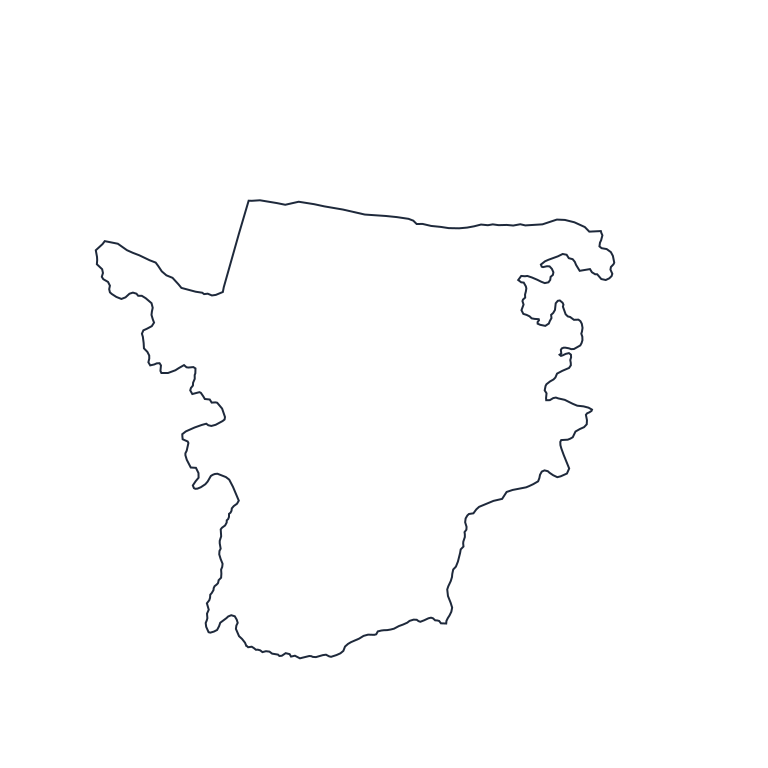 the district of Ashqelon, HaDarom, Israel, rotated 66°
{"feature_id": "584046B11408100439208", "entity_name": "Ashqelon", "entity_type": "district", "adm_level": 2, "iso_a3": "ISR", "parent_name": "Israel", "parent_adm1": "HaDarom", "projection": "orthographic", "projection_center": [34.744, 31.637], "detail": "fine", "context": "isolated", "style": "outline", "palette": "slate", "viewbox_px": 768, "rotation_deg": 66, "n_neighbors": 0, "source": "geoboundaries", "source_scale": "gbopen_adm2", "svg_char_len": 6165}
<svg xmlns="http://www.w3.org/2000/svg" viewBox="0 0 768 768"><g transform="rotate(66 384 384)"><path d="M567.2,616.3L567.3,616.0L569.2,615.2L570.2,611.7L572.3,610.3L574.7,609.1L575.4,607.3L577.0,605.4L579.5,604.1L580.1,600.5L581.9,597.5L584.8,595.9L588.1,590.9L589.9,590.2L590.7,587.9L589.9,583.3L592.4,580.1L595.2,579.8L596.0,575.9L600.4,572.4L602.1,562.9L603.1,561.1L604.3,560.1L605.8,557.3L606.8,550.2L607.7,547.1L610.5,544.9L611.7,543.3L612.3,537.7L612.3,533.4L611.3,529.7L608.0,526.4L606.8,522.6L606.4,519.0L606.5,510.3L605.8,505.1L606.5,500.5L609.2,494.9L609.5,492.9L607.5,490.3L608.1,486.8L608.9,484.2L610.1,481.3L611.0,477.8L611.6,474.4L611.2,468.9L611.5,464.4L611.5,459.8L610.8,457.0L611.3,452.8L612.7,450.0L614.7,448.9L616.0,447.5L616.2,443.4L616.1,438.7L616.6,436.1L617.9,434.6L620.7,433.4L621.7,431.5L622.9,430.0L625.8,429.3L628.1,424.6L625.8,423.3L623.8,420.9L622.1,418.3L619.4,415.1L616.0,412.7L611.0,412.1L603.7,411.8L597.4,409.8L595.0,407.6L591.2,403.2L588.0,400.4L585.3,398.9L581.6,396.2L580.1,392.6L576.3,388.7L569.3,383.2L566.3,381.2L564.8,377.5L561.8,376.5L560.2,375.6L556.7,372.4L554.0,371.2L552.1,370.7L550.6,368.0L548.1,366.7L543.3,366.1L540.0,364.1L538.0,361.3L537.3,359.3L538.5,354.9L536.1,350.7L534.9,347.1L535.3,331.5L537.0,322.8L532.5,315.9L533.1,309.6L536.2,296.2L536.3,292.9L536.2,288.5L535.6,282.8L533.1,280.3L530.4,278.4L528.2,275.5L528.2,272.5L530.3,269.8L532.4,268.9L536.1,266.6L539.6,263.6L540.2,260.2L540.2,253.3L536.5,249.2L521.9,248.7L514.9,248.2L511.6,247.7L508.6,246.5L507.3,244.9L509.6,238.8L509.7,236.0L509.4,233.2L505.3,228.4L504.8,223.4L504.8,218.8L503.3,215.2L499.6,213.3L494.3,212.1L493.4,210.4L493.4,207.9L493.0,205.4L492.0,204.4L488.8,206.8L485.6,210.8L482.4,216.3L478.9,219.6L472.0,225.3L468.0,230.7L466.3,232.5L465.7,235.1L466.2,239.1L464.8,242.4L462.8,241.7L458.6,239.3L455.2,239.8L451.5,237.2L450.3,235.7L449.2,231.3L448.8,227.3L447.8,224.8L444.9,221.7L444.5,215.7L444.6,208.4L442.9,205.7L440.7,204.8L437.9,204.1L435.7,202.2L433.2,201.3L431.0,202.5L430.4,205.7L430.5,209.1L430.3,210.9L428.7,211.7L428.2,209.6L424.8,208.6L423.8,207.1L423.9,205.0L424.6,203.5L426.6,200.6L428.3,198.8L429.3,196.2L428.6,189.0L427.0,186.9L424.7,184.9L421.5,183.6L418.3,183.3L416.7,181.9L413.5,179.8L409.4,178.8L406.5,179.0L404.3,180.2L402.6,184.4L398.5,186.7L397.0,188.6L394.2,189.7L386.1,189.1L384.5,187.8L382.4,187.8L379.2,189.4L378.7,191.4L380.1,194.3L385.9,197.7L387.9,200.5L388.8,203.2L391.9,204.2L394.0,207.0L395.8,208.8L396.5,213.0L393.5,217.2L391.4,219.1L389.9,218.5L388.8,216.5L387.7,216.3L385.8,219.9L384.1,222.4L381.4,223.5L378.9,225.6L376.6,228.2L372.5,228.4L368.2,224.2L364.6,223.8L363.4,222.7L362.5,219.9L359.7,218.8L357.2,216.8L354.6,215.1L352.6,214.7L348.2,215.1L346.9,217.3L343.6,219.1L341.1,214.7L342.9,211.4L343.6,209.1L346.8,205.6L351.1,201.6L354.6,198.7L357.2,196.1L358.0,192.4L356.5,189.8L353.9,188.2L353.0,185.3L350.8,183.8L347.1,183.8L343.9,184.9L342.7,187.2L341.9,191.2L341.0,192.2L338.7,192.1L337.4,187.0L337.4,183.3L338.1,173.2L337.9,167.9L340.2,164.6L344.2,164.0L346.7,160.9L350.0,160.0L353.3,160.1L360.2,159.2L362.8,149.1L366.5,148.6L369.7,146.4L370.5,144.6L376.5,142.8L379.2,139.1L379.1,135.2L378.0,132.2L376.2,130.6L371.6,130.6L369.4,129.1L368.0,125.7L366.8,124.3L360.1,122.8L355.8,123.1L351.3,125.7L348.4,130.0L345.9,131.2L342.7,129.2L341.0,127.2L337.0,124.0L334.4,124.0L332.5,123.7L328.3,134.5L322.3,136.7L313.7,144.3L307.7,152.0L304.1,159.2L302.6,174.3L296.6,190.4L293.5,194.5L291.8,201.5L288.6,207.2L285.5,214.7L282.4,219.7L281.2,224.5L277.8,230.5L276.6,237.5L274.9,244.5L272.3,252.1L267.9,261.5L263.6,268.2L258.8,276.6L253.5,283.6L251.1,289.1L246.7,290.8L243.1,294.4L236.8,304.3L231.3,313.9L221.4,332.6L207.9,350.6L197.5,366.2L191.3,374.7L182.8,387.8L180.1,401.3L175.2,408.2L165.7,422.6L162.9,430.2L161.5,433.1L187.8,455.5L230.4,491.0L234.4,493.8L234.2,501.4L233.1,505.2L229.8,508.3L228.7,511.8L226.7,512.9L223.1,518.5L213.8,530.0L209.4,531.2L201.0,534.0L196.2,538.6L190.7,541.2L184.2,542.3L180.2,543.2L175.7,547.7L166.9,555.2L162.0,560.1L157.2,564.4L147.6,570.1L139.9,581.0L141.7,584.2L144.6,592.9L151.2,594.5L154.1,595.6L157.8,597.6L164.5,594.8L168.3,595.6L171.3,598.2L174.1,597.8L178.5,594.6L182.7,594.4L185.6,596.5L188.8,597.1L191.0,596.1L195.6,593.1L199.5,589.3L199.7,584.9L198.0,579.8L198.4,576.2L200.8,573.4L203.4,572.7L204.9,569.4L208.7,566.8L215.6,563.5L220.3,564.3L223.3,566.5L226.3,568.3L230.8,568.9L234.4,569.1L236.7,572.6L237.1,578.2L237.1,582.0L239.6,584.7L242.8,585.1L248.8,586.9L253.8,588.8L258.4,587.1L262.5,586.9L265.3,588.1L268.3,590.4L271.9,590.0L272.7,585.9L272.7,583.2L273.7,580.6L276.3,580.2L281.1,582.9L283.4,582.9L286.1,576.8L286.6,569.0L286.0,565.0L285.4,559.0L288.4,557.6L289.4,556.0L291.0,551.3L293.1,549.9L297.5,552.0L298.8,553.3L302.3,554.8L305.2,557.9L307.7,559.2L309.1,562.0L311.0,563.6L315.2,563.2L316.4,555.9L317.6,554.9L321.9,554.1L324.8,553.8L327.3,549.5L330.9,549.0L332.3,545.3L333.3,544.0L340.6,541.9L349.5,542.7L351.6,544.1L352.2,546.5L352.8,554.4L352.1,558.8L350.2,561.3L348.0,562.5L347.3,567.0L346.7,574.7L346.7,584.3L347.8,588.7L350.1,589.6L352.6,590.4L356.7,586.7L358.4,586.7L364.7,591.4L366.5,593.6L368.3,594.4L373.0,595.0L381.7,594.5L384.1,589.9L389.9,589.7L394.2,591.5L396.2,595.6L398.9,599.9L401.8,600.0L403.0,599.0L403.7,597.0L403.8,593.3L402.9,588.0L401.4,584.8L397.6,579.6L397.3,577.4L397.4,575.2L398.2,572.7L404.7,566.3L408.4,564.3L416.5,563.8L431.5,564.1L433.6,567.0L434.4,570.9L435.7,573.6L437.8,574.9L439.1,576.5L439.6,578.4L442.4,579.7L444.0,581.3L444.6,583.1L446.6,584.1L448.6,586.7L449.4,590.5L450.4,592.3L456.9,594.7L460.5,597.9L462.8,598.9L468.0,600.2L469.6,602.2L472.6,603.8L477.3,604.4L482.6,604.6L485.3,606.2L487.3,608.3L491.1,609.7L494.7,611.6L496.0,614.9L497.5,615.9L498.5,616.8L499.2,618.6L499.8,621.0L501.2,622.6L502.9,623.6L504.9,626.4L505.8,628.4L508.6,629.9L510.5,631.6L512.3,635.0L518.9,635.9L521.8,639.1L526.1,640.6L527.9,642.1L529.8,644.1L533.5,645.2L539.4,645.2L540.5,643.8L541.0,640.1L540.8,636.5L538.2,633.2L535.5,630.7L533.8,623.2L533.0,620.9L533.1,617.6L535.5,614.8L539.4,614.4L542.7,614.8L544.6,617.1L547.5,618.9L555.4,619.0L559.1,617.4L563.8,616.2L567.2,616.3Z" fill="none" stroke="#1e293b" stroke-width="2"/></g></svg>